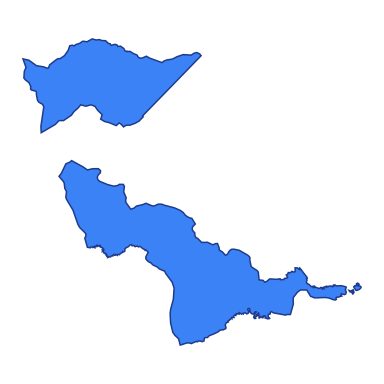 Konawe, Sulawesi Tenggara, Indonesia
{"feature_id": "22746128B78249855862414", "entity_name": "Konawe", "entity_type": "district", "adm_level": 2, "iso_a3": "IDN", "parent_name": "Indonesia", "parent_adm1": "Sulawesi Tenggara", "projection": "mercator", "projection_center": [122.048, -3.513], "detail": "fine", "context": "isolated", "style": "filled", "palette": "blue", "viewbox_px": 384, "rotation_deg": 0, "n_neighbors": 0, "source": "geoboundaries", "source_scale": "gbopen_adm2", "svg_char_len": 5974}
<svg xmlns="http://www.w3.org/2000/svg" viewBox="0 0 384 384"><path d="M180.2,345.1L186.8,343.0L189.1,342.9L191.3,343.6L196.2,341.4L197.1,341.9L198.7,341.0L200.0,341.0L202.3,341.7L204.1,340.8L204.2,338.5L204.8,337.7L207.5,337.5L209.1,335.8L214.6,333.6L218.5,331.6L220.1,330.1L223.3,329.8L225.8,328.6L226.0,327.2L225.2,325.3L226.2,322.7L228.2,322.1L227.9,321.1L229.1,320.5L229.7,319.5L230.4,319.5L231.6,317.8L231.9,318.2L231.9,317.4L234.0,317.5L233.6,316.5L234.1,315.5L234.7,315.1L235.6,315.5L235.8,314.5L236.9,315.0L236.2,314.4L236.5,313.7L239.1,314.1L239.2,313.7L238.3,313.3L239.5,312.6L240.1,313.6L240.9,313.5L241.4,314.1L242.5,313.5L243.3,314.0L243.5,313.2L245.2,312.8L246.8,313.9L247.9,313.5L248.6,312.6L248.8,311.1L248.0,310.2L247.7,309.1L248.5,308.4L249.5,308.6L249.8,309.6L249.5,311.0L250.3,311.3L250.3,312.4L251.8,313.8L253.6,314.1L255.3,311.7L256.3,311.9L254.6,313.9L253.8,316.9L253.8,317.7L254.8,318.6L255.7,318.3L255.2,317.1L257.0,316.0L256.2,315.3L256.4,314.8L257.4,314.3L258.3,313.0L258.9,313.3L258.8,314.5L257.7,314.8L259.1,316.0L259.0,317.9L259.7,318.0L260.8,316.5L262.1,317.7L262.9,317.7L262.9,316.5L263.7,316.7L263.9,315.7L264.6,315.7L265.7,316.5L265.2,318.0L266.8,318.3L267.2,318.8L269.2,318.7L269.7,318.2L268.5,317.3L268.1,315.3L268.4,314.4L270.3,313.9L270.3,312.3L271.2,311.6L273.5,312.9L285.6,315.1L287.0,314.5L290.4,314.5L293.3,304.2L293.2,297.7L297.3,292.4L300.4,290.0L306.7,290.0L310.6,296.3L314.7,297.9L325.0,297.5L328.5,297.9L334.0,299.9L335.7,299.9L336.4,299.2L335.9,298.2L336.7,297.2L338.1,297.2L341.8,296.0L340.9,295.3L341.3,293.8L344.6,294.6L345.7,294.0L346.3,292.1L345.4,289.8L346.2,287.3L345.9,286.8L341.3,285.7L336.1,285.9L335.0,284.9L333.9,286.0L333.6,285.1L333.2,285.4L332.3,286.8L331.0,286.0L329.1,286.1L328.6,286.6L326.6,286.3L326.7,287.8L326.2,286.4L325.5,286.5L323.6,287.3L324.0,288.4L323.6,288.2L323.0,288.8L322.9,288.4L322.1,288.7L322.2,287.6L320.6,287.5L319.9,288.3L318.9,288.4L315.4,287.2L314.5,286.1L313.5,286.2L314.2,287.4L313.3,287.7L312.7,286.6L311.2,286.5L308.8,284.3L306.7,283.2L306.5,281.6L307.0,280.2L306.5,278.7L307.2,278.5L307.1,277.4L299.7,267.9L299.0,268.7L300.4,269.3L299.6,269.6L297.4,267.9L295.1,267.8L295.1,271.6L293.4,272.1L292.0,271.3L290.2,272.8L288.3,272.5L287.6,274.2L286.2,275.0L287.6,277.3L287.0,278.1L284.4,278.4L283.9,279.6L280.3,279.7L280.1,278.8L276.6,279.3L269.7,278.9L266.5,281.6L264.6,282.1L263.2,280.4L259.1,279.9L258.3,272.2L257.3,270.7L251.8,267.1L251.1,266.2L249.9,260.4L249.9,257.4L248.1,255.4L239.3,250.3L234.1,249.2L231.8,249.2L230.1,250.2L228.5,252.2L227.9,253.7L226.4,255.0L225.3,255.1L222.5,252.0L219.3,250.0L219.0,247.4L217.5,243.5L215.6,243.6L212.8,244.8L207.5,242.3L201.6,242.4L197.7,238.4L196.0,237.7L194.9,235.5L194.7,232.6L193.2,231.3L192.1,229.0L192.7,226.7L195.3,224.0L191.9,218.4L189.2,217.7L187.1,216.5L185.3,215.2L183.2,212.5L180.3,210.4L174.3,207.8L164.3,205.2L161.9,204.2L158.3,204.1L154.4,205.9L152.5,206.0L146.0,203.3L142.1,204.8L136.6,206.0L133.8,208.2L130.8,209.2L126.0,202.6L125.6,200.3L126.2,197.8L123.7,191.9L124.4,186.3L123.3,184.4L119.5,184.3L117.9,185.4L113.9,186.2L107.7,184.6L100.1,181.5L98.2,180.1L97.3,178.1L97.6,176.2L98.5,174.6L100.4,172.8L100.5,170.6L98.4,168.7L92.7,168.7L87.4,169.9L82.7,166.7L71.6,160.6L69.7,162.2L65.9,163.8L61.3,173.4L59.0,176.3L63.3,181.4L64.2,183.1L64.8,188.4L66.5,191.6L65.8,197.1L66.4,199.1L73.0,210.2L78.0,224.6L79.8,227.6L85.8,233.6L85.9,235.9L84.8,238.2L87.4,247.3L90.4,247.8L90.7,247.2L91.9,246.9L92.9,247.6L93.5,246.8L94.9,247.7L94.9,246.2L95.8,246.5L96.2,246.0L96.2,246.6L96.9,246.6L97.7,246.1L97.4,245.5L97.8,245.3L99.3,245.6L99.2,246.3L100.0,246.7L100.5,245.9L101.0,247.4L102.6,247.8L102.8,248.5L103.8,249.2L103.8,249.9L102.2,250.0L102.6,250.7L102.4,251.5L103.5,251.0L103.7,252.8L104.5,253.3L105.7,253.3L105.6,254.2L106.4,254.4L106.2,255.2L106.9,255.4L106.7,256.1L107.2,256.7L107.8,256.6L107.7,257.5L109.1,256.9L110.6,256.9L111.1,256.1L112.8,255.9L112.7,255.2L114.0,254.5L114.4,255.3L115.5,255.1L115.9,254.4L117.3,255.4L117.8,254.4L119.5,254.7L120.5,253.5L122.4,252.5L122.6,251.6L123.6,252.0L124.9,251.0L124.8,249.2L126.0,247.8L128.5,246.6L130.1,244.9L131.7,244.8L132.1,245.8L134.2,245.6L135.1,246.7L137.1,246.0L138.4,246.9L140.2,246.4L142.6,248.5L144.7,249.6L145.1,250.3L145.5,249.9L146.4,250.4L148.2,252.2L145.9,256.7L145.9,258.9L147.7,261.1L149.5,262.4L150.4,262.5L152.9,264.9L157.6,267.2L158.9,268.7L163.3,270.7L164.5,270.9L165.8,273.6L172.1,282.1L174.1,288.0L173.3,299.5L170.7,309.1L170.1,313.3L170.6,323.0L172.8,332.3L174.8,335.2L178.6,338.8L180.2,345.1ZM41.2,132.7L55.2,124.5L59.0,120.6L63.5,120.6L71.4,115.2L74.0,111.6L77.9,108.2L80.7,104.8L85.8,106.2L91.1,104.8L95.1,106.5L97.6,110.2L102.1,114.7L100.7,119.2L104.6,121.5L109.3,122.7L116.2,125.6L119.2,122.9L121.4,124.5L123.5,126.9L126.3,125.2L129.9,125.2L135.3,123.2L139.2,121.0L143.2,116.8L142.6,115.9L201.1,55.7L199.5,53.8L196.7,52.5L194.1,53.2L191.1,55.1L183.2,54.6L177.0,56.7L172.6,59.0L166.6,60.0L163.9,61.1L162.0,62.6L149.6,58.1L146.4,56.2L142.5,57.9L140.4,58.2L138.5,57.4L136.9,55.0L133.3,53.5L130.1,51.4L128.3,51.6L127.8,51.2L126.8,51.7L126.2,51.1L125.1,51.0L123.8,48.5L120.6,46.2L117.8,46.4L117.2,45.1L115.0,44.3L111.0,45.4L110.2,43.8L108.3,43.3L105.6,40.7L101.5,40.5L99.6,39.6L96.2,40.0L92.2,38.9L87.0,41.8L83.1,41.2L82.1,41.6L80.1,43.1L75.5,44.7L74.4,45.9L72.4,45.2L69.8,45.7L68.1,50.5L64.4,55.7L60.2,58.6L57.9,58.7L56.2,59.7L49.6,64.9L48.6,67.7L47.7,68.3L43.4,66.8L36.5,65.7L28.9,60.2L23.0,58.9L26.0,67.5L24.3,71.4L23.9,78.0L25.3,79.8L28.9,82.6L30.7,86.3L30.6,89.2L31.7,90.1L35.8,91.2L36.4,92.2L36.4,94.6L37.5,100.2L38.7,102.1L42.5,104.3L43.8,106.7L40.9,126.4L41.2,132.7ZM357.6,285.6L354.7,285.8L353.7,286.9L355.8,290.2L356.7,290.5L359.5,289.3L361.0,287.7L361.0,286.8L360.5,286.3L357.6,285.6ZM354.0,292.4L353.2,289.8L350.5,291.1L349.1,290.5L349.9,291.8L351.7,292.2L352.6,291.8L352.3,293.6L352.8,294.0L354.0,292.4ZM358.7,285.2L359.1,284.4L358.8,283.8L357.4,283.1L356.4,283.8L356.5,285.1L358.7,285.2Z" fill="#3b82f6" stroke="#1e3a8a" stroke-width="1.5"/></svg>